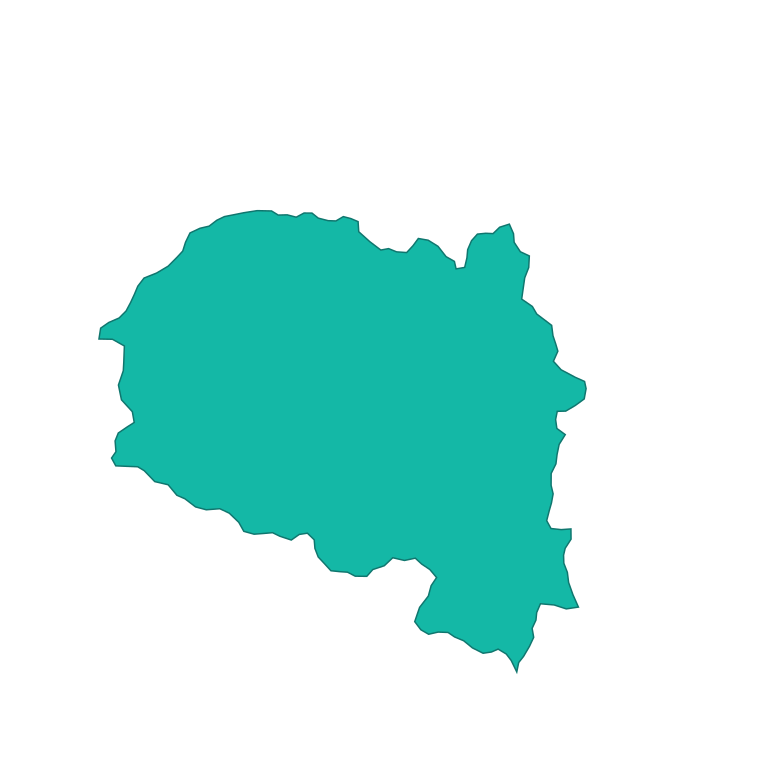 outline of Queluz, São Paulo, Brazil, rotated 298°
{"feature_id": "56859067B41056558959462", "entity_name": "Queluz", "entity_type": "district", "adm_level": 2, "iso_a3": "BRA", "parent_name": "Brazil", "parent_adm1": "São Paulo", "projection": "orthographic", "projection_center": [-44.787, -22.508], "detail": "fine", "context": "isolated", "style": "filled", "palette": "teal", "viewbox_px": 768, "rotation_deg": 298, "n_neighbors": 0, "source": "geoboundaries", "source_scale": "gbopen_adm2", "svg_char_len": 2331}
<svg xmlns="http://www.w3.org/2000/svg" viewBox="0 0 768 768"><g transform="rotate(298 384 384)"><path d="M289.9,111.2L296.0,123.2L295.7,136.9L281.3,143.9L273.3,147.6L258.4,150.0L246.8,159.6L241.4,174.8L232.8,181.5L225.5,177.4L216.0,172.4L207.5,173.3L198.4,179.1L190.7,178.2L185.8,185.6L190.4,195.2L195.3,205.4L194.9,213.0L190.2,227.4L193.7,240.7L188.5,253.4L189.2,262.1L187.0,275.3L189.5,286.1L196.8,297.6L197.3,308.0L193.7,320.7L188.1,329.4L190.4,339.8L195.4,347.7L200.4,355.4L200.7,363.7L202.7,375.4L211.4,379.8L216.3,386.4L213.7,395.5L206.4,400.2L200.4,407.1L197.3,416.1L194.2,424.8L197.6,433.2L200.7,440.1L200.8,448.8L206.1,459.1L214.9,461.2L223.7,469.6L234.7,473.3L237.8,484.9L244.9,493.4L242.7,501.8L241.7,511.6L237.8,521.3L228.1,520.3L217.6,522.7L203.5,520.3L188.6,522.7L184.3,531.9L184.0,540.9L190.4,548.3L194.7,557.2L193.8,565.1L194.7,574.9L192.5,586.0L192.8,597.9L197.8,604.7L203.5,609.2L203.0,618.7L199.6,626.1L192.1,636.4L201.3,633.7L208.9,635.1L220.6,635.6L230.6,635.1L237.8,629.5L246.9,629.0L253.9,626.1L263.4,625.3L268.8,638.0L271.0,650.5L278.3,660.4L286.7,649.7L295.4,640.2L303.8,634.3L310.2,626.9L317.2,622.9L324.0,621.1L334.8,622.0L343.8,617.1L338.6,608.8L334.8,599.3L339.7,591.8L349.6,589.4L357.6,587.7L366.4,584.9L373.0,579.1L383.5,573.6L394.2,573.3L403.0,569.9L412.9,567.0L424.4,567.8L425.9,557.5L433.2,552.2L441.2,549.8L445.4,557.2L454.9,563.0L464.8,567.8L474.8,564.6L480.4,559.9L479.7,549.6L479.7,533.7L483.6,522.9L494.6,522.1L499.9,516.9L506.0,510.5L514.5,504.5L517.5,486.0L522.1,478.6L523.6,465.7L543.8,458.4L554.8,457.1L565.3,452.2L564.8,442.3L570.2,432.4L577.5,427.8L584.0,419.6L576.7,412.5L568.0,409.7L564.8,403.0L560.2,396.1L551.6,394.0L541.9,394.8L534.3,398.0L524.8,400.5L519.5,393.6L525.3,388.6L525.6,379.0L530.9,367.1L531.7,355.5L528.6,346.0L519.8,344.7L510.7,342.3L506.6,333.1L505.7,324.5L500.8,318.3L503.0,304.7L506.6,290.2L515.2,284.9L514.5,277.0L512.7,269.5L505.4,265.0L502.0,258.0L499.6,248.1L501.1,240.2L497.4,233.1L490.1,228.2L487.9,219.1L483.5,211.3L484.0,203.5L477.5,190.6L469.4,179.8L463.0,172.0L456.9,164.5L450.1,159.5L441.3,155.5L435.1,148.4L426.3,141.8L416.0,142.2L406.9,143.9L398.9,141.8L386.7,138.1L375.2,131.1L364.9,122.4L354.8,120.7L346.2,121.5L337.0,122.0L327.4,122.0L317.9,119.1L309.1,112.1L300.3,107.6L289.9,111.2Z" fill="#14b8a6" stroke="#0f766e" stroke-width="1.5"/></g></svg>